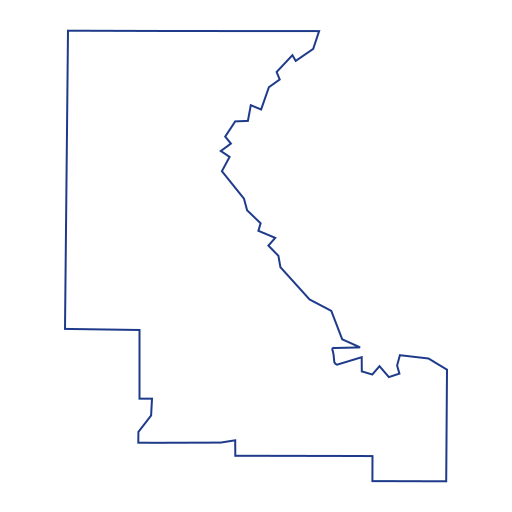 outline of Riley, Kansas, United States of America
{"feature_id": "52423323B78977579419927", "entity_name": "Riley", "entity_type": "district", "adm_level": 2, "iso_a3": "USA", "parent_name": "United States of America", "parent_adm1": "Kansas", "projection": "orthographic", "projection_center": [-96.639, 39.305], "detail": "fine", "context": "isolated", "style": "outline", "palette": "blue", "viewbox_px": 512, "rotation_deg": 0, "n_neighbors": 0, "source": "geoboundaries", "source_scale": "gbopen_adm2", "svg_char_len": 917}
<svg xmlns="http://www.w3.org/2000/svg" viewBox="0 0 512 512"><path d="M68.0,30.7L65.0,328.9L139.5,330.0L139.5,398.7L152.0,398.7L151.1,415.5L138.4,431.9L138.3,442.7L154.9,442.8L220.6,442.6L235.2,440.3L235.3,455.8L253.1,455.8L360.0,456.0L372.5,456.1L372.4,481.1L446.2,481.3L447.0,369.7L428.5,358.5L399.9,355.2L397.1,365.5L399.4,373.6L388.9,377.1L379.5,366.2L372.3,374.5L361.8,371.4L361.7,357.2L337.0,364.7L335.4,363.8L334.3,362.1L333.6,355.0L332.9,351.2L332.3,349.8L332.5,348.5L333.3,347.9L335.2,348.0L360.1,347.4L342.2,339.3L331.3,310.9L309.6,299.5L280.4,267.2L278.4,255.8L268.4,245.6L275.2,237.9L258.4,230.8L260.6,223.3L247.1,210.3L244.0,198.7L221.9,171.2L229.6,156.9L220.8,151.0L230.9,143.6L225.2,136.6L235.2,121.4L247.9,120.9L250.8,105.2L261.1,109.5L268.9,87.2L279.7,79.5L276.6,72.0L292.4,55.2L295.7,60.9L313.2,48.9L319.1,31.1L318.4,31.1L169.0,31.0L68.0,30.7Z" fill="none" stroke="#1e3a8a" stroke-width="2"/></svg>